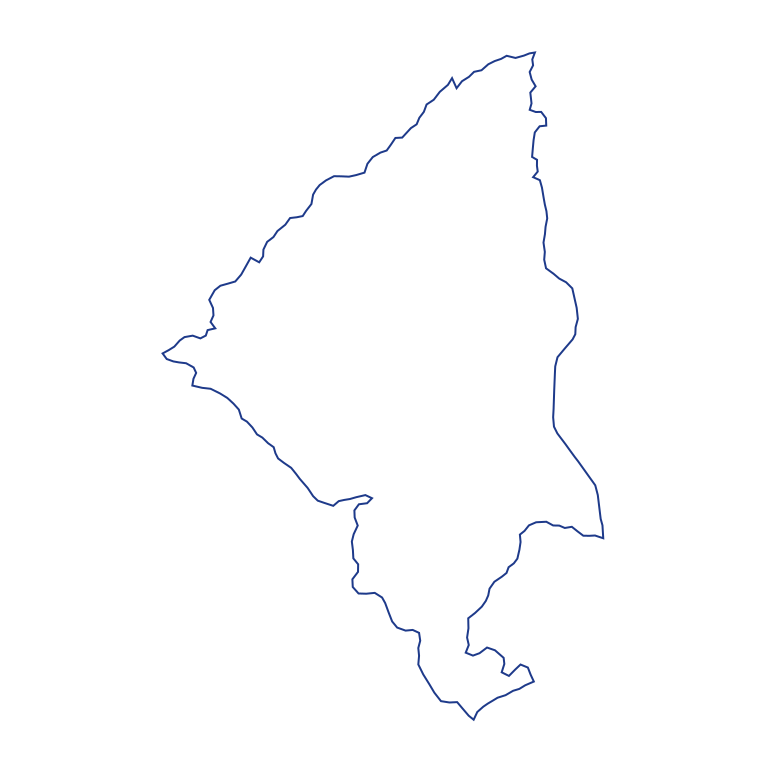 São Bernardo do Campo, São Paulo, Brazil, rotated 181°
{"feature_id": "56859067B73038458371081", "entity_name": "São Bernardo do Campo", "entity_type": "district", "adm_level": 2, "iso_a3": "BRA", "parent_name": "Brazil", "parent_adm1": "São Paulo", "projection": "mercator", "projection_center": [-46.552, -23.804], "detail": "fine", "context": "isolated", "style": "outline", "palette": "blue", "viewbox_px": 768, "rotation_deg": 181, "n_neighbors": 0, "source": "geoboundaries", "source_scale": "gbopen_adm2", "svg_char_len": 3276}
<svg xmlns="http://www.w3.org/2000/svg" viewBox="0 0 768 768"><g transform="rotate(181 384 384)"><path d="M605.9,410.7L601.7,405.2L595.0,402.9L589.3,402.0L582.2,401.3L574.6,397.2L572.0,391.8L574.6,385.9L575.6,379.1L565.8,377.0L557.3,376.2L547.8,371.7L540.4,367.3L534.2,361.8L528.7,355.9L525.7,347.0L520.4,344.0L514.8,338.2L510.1,331.4L504.7,328.3L498.9,322.8L493.2,318.9L491.3,312.8L488.6,307.7L482.7,303.4L475.3,298.5L470.3,292.5L466.5,287.6L458.5,278.7L452.9,270.6L448.2,266.2L442.0,264.2L432.6,261.3L427.2,266.1L421.7,267.4L416.1,268.4L409.9,270.3L400.7,272.6L394.0,269.6L398.8,264.5L407.0,263.3L411.4,257.1L411.0,250.0L407.8,242.0L411.7,233.3L413.4,225.9L412.2,217.5L411.6,209.1L406.7,203.3L406.7,195.7L412.2,188.2L411.7,180.5L405.8,174.1L398.1,174.0L389.6,175.0L382.2,170.5L379.0,165.0L375.4,155.7L371.7,146.7L366.6,140.7L358.1,137.8L351.0,138.6L344.6,135.8L343.3,128.0L345.1,120.6L344.2,112.9L344.8,104.2L339.7,94.3L333.3,84.4L328.3,76.3L321.5,67.9L313.0,66.7L305.3,67.2L299.7,60.8L293.5,53.8L288.5,49.9L285.0,57.7L279.1,63.1L274.6,66.3L269.9,69.2L265.0,72.3L257.0,75.0L249.6,79.5L243.4,81.5L237.6,85.2L229.0,89.1L232.3,95.9L235.2,103.0L242.6,105.9L247.9,100.7L254.0,94.3L261.3,97.8L258.8,106.2L259.6,112.3L268.4,119.7L276.4,122.3L283.8,116.5L290.3,114.0L297.6,116.8L294.7,124.5L296.5,131.9L295.3,141.2L295.7,151.2L288.9,156.7L282.3,163.1L278.4,168.9L276.1,174.4L274.9,181.2L270.2,188.2L262.8,193.4L258.2,197.2L256.2,203.0L251.1,206.9L247.6,211.7L245.7,220.7L244.7,228.4L245.5,235.8L241.0,239.5L236.6,245.2L229.5,248.4L219.3,249.1L212.4,245.5L206.3,245.5L200.7,243.2L193.7,244.5L188.0,240.1L182.1,235.8L176.0,235.8L170.4,236.2L162.1,233.6L163.1,246.5L165.0,252.9L168.3,276.7L171.0,286.4L176.5,293.8L188.5,310.0L192.1,314.5L197.1,321.1L201.5,327.0L209.8,337.6L213.3,344.3L214.3,353.7L214.0,362.0L213.7,381.1L213.3,398.0L213.1,404.6L211.0,413.8L203.9,422.6L196.2,431.9L193.6,437.1L193.4,444.2L191.3,452.5L192.7,463.5L197.4,482.9L203.7,488.9L210.7,492.5L216.3,497.1L224.0,502.5L226.0,511.1L225.5,518.9L227.0,528.2L225.7,536.6L225.2,544.0L223.7,552.4L224.6,559.6L226.3,566.2L227.6,572.8L229.5,583.1L231.7,590.5L238.5,593.4L234.0,599.1L234.9,604.9L234.9,610.8L239.9,613.6L239.3,622.4L238.7,630.4L237.6,638.2L232.9,644.4L226.3,645.2L226.7,652.6L231.6,658.8L237.0,658.6L243.1,660.7L241.4,667.1L242.8,677.9L237.6,684.3L241.7,691.0L243.8,698.5L240.5,705.2L241.4,711.1L238.9,718.1L244.3,717.1L249.8,714.8L258.2,712.3L267.1,714.3L272.6,711.1L279.0,708.8L285.3,705.5L292.0,699.4L299.4,697.7L304.4,692.6L311.3,688.1L316.6,681.0L321.3,691.0L325.3,684.2L333.3,677.1L339.2,669.1L346.3,664.2L348.9,656.8L353.3,650.8L355.9,644.2L361.6,640.3L370.1,630.7L376.9,630.2L381.3,623.4L385.4,617.5L391.6,615.3L399.2,610.7L404.4,603.9L407.2,595.0L415.5,592.4L422.6,590.7L430.6,590.9L437.6,590.9L445.5,586.6L451.8,581.8L455.4,577.2L458.2,572.1L459.7,562.7L464.8,555.9L468.2,550.5L474.1,549.2L480.8,548.3L485.5,541.5L493.2,535.1L497.1,529.0L503.3,524.1L506.9,516.3L507.1,509.5L510.9,503.5L519.5,508.0L524.8,498.1L528.7,490.9L534.5,483.9L541.9,481.6L549.3,479.4L554.9,474.8L560.2,465.1L556.3,457.0L555.7,449.6L558.5,443.0L553.7,436.7L561.3,434.8L563.0,429.3L568.4,426.4L576.1,429.0L584.3,427.4L589.0,423.9L594.3,417.7L599.7,414.2L605.9,410.7Z" fill="none" stroke="#1e3a8a" stroke-width="2"/></g></svg>